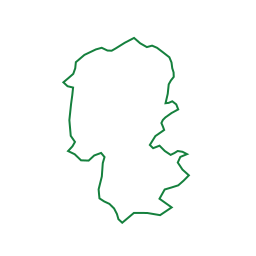 map outline of Santiago (Mercator projection), rotated 122°
{"feature_id": "DOM-1390", "entity_name": "Santiago", "entity_type": "Province", "adm_level": 1, "iso_a3": "DOM", "parent_name": "Dominican Republic", "parent_adm1": "", "projection": "mercator", "projection_center": [-70.906, 19.338], "detail": "fine", "context": "isolated", "style": "outline", "palette": "green", "viewbox_px": 256, "rotation_deg": 122, "n_neighbors": 0, "source": "natural_earth", "source_scale": "10m", "svg_char_len": 1150}
<svg xmlns="http://www.w3.org/2000/svg" viewBox="0 0 256 256"><g transform="rotate(122 128 128)"><path d="M211.4,82.7L210.4,87.8L206.8,91.8L203.6,97.2L202.2,103.6L202.9,109.3L202.8,114.9L199.2,117.7L195.6,120.4L183.0,124.5L171.1,130.8L165.1,132.5L163.4,137.6L169.2,142.1L176.5,144.1L180.3,150.7L178.5,159.3L179.3,166.6L173.0,165.4L167.9,165.6L165.0,172.4L152.4,181.9L137.6,189.1L129.8,192.6L122.8,196.0L124.6,201.4L123.5,207.0L117.3,205.0L111.1,203.1L105.3,204.4L99.8,207.1L89.1,203.7L78.4,196.9L73.9,192.8L73.2,186.5L71.1,182.8L67.2,180.7L57.4,175.9L48.4,170.6L49.7,162.6L49.4,154.9L45.4,151.2L44.6,145.9L45.3,138.1L46.1,130.4L49.4,125.8L53.8,122.2L56.7,118.8L60.4,116.3L64.9,116.8L69.4,116.6L78.0,112.4L87.1,109.3L85.1,106.8L81.9,104.6L82.4,99.6L85.6,95.3L92.2,99.0L99.2,101.9L102.7,102.7L106.1,102.3L108.4,99.0L110.5,96.3L120.3,100.5L130.8,100.5L131.8,96.0L126.3,91.9L128.0,84.6L128.2,77.6L124.7,75.4L121.2,73.7L119.3,69.2L118.9,64.1L124.8,68.3L130.9,67.5L134.4,59.8L135.9,51.3L143.4,53.0L150.0,55.0L155.4,59.6L160.7,64.3L171.3,63.8L172.2,48.9L184.9,54.6L189.9,66.7L196.9,78.0L211.4,82.7Z" fill="none" stroke="#15803d" stroke-width="2"/></g></svg>